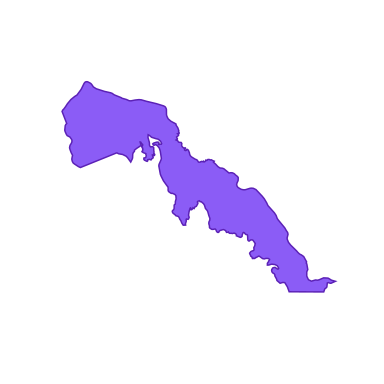 Anori, Amazonas, Brazil, rotated 248°
{"feature_id": "56859067B80375941692856", "entity_name": "Anori", "entity_type": "district", "adm_level": 2, "iso_a3": "BRA", "parent_name": "Brazil", "parent_adm1": "Amazonas", "projection": "albers", "projection_center": [-62.184, -4.211], "detail": "fine", "context": "isolated", "style": "filled", "palette": "violet", "viewbox_px": 384, "rotation_deg": 248, "n_neighbors": 0, "source": "geoboundaries", "source_scale": "gbopen_adm2", "svg_char_len": 6084}
<svg xmlns="http://www.w3.org/2000/svg" viewBox="0 0 384 384"><g transform="rotate(248 192 192)"><path d="M256.5,97.7L256.5,136.5L256.3,137.1L254.9,138.3L252.8,141.7L249.9,144.3L248.0,145.1L242.7,146.4L245.2,149.2L246.1,149.8L249.4,151.3L250.5,152.3L251.2,153.8L252.4,154.4L253.2,157.2L254.1,161.8L254.4,162.3L257.8,162.6L257.6,163.1L255.4,163.5L254.8,164.0L254.3,164.0L253.6,163.6L253.2,163.1L253.2,162.5L252.6,162.3L251.2,162.7L250.7,162.4L250.1,162.5L249.3,161.9L248.6,161.7L248.4,160.8L247.8,160.8L246.4,161.9L244.9,163.6L244.2,163.3L242.8,163.2L241.5,162.2L241.3,161.6L241.5,160.1L240.3,159.6L239.4,159.8L237.7,161.3L237.2,161.9L237.4,162.5L238.5,163.1L238.2,164.9L237.3,165.7L237.1,166.2L237.9,167.2L238.1,168.5L238.5,168.9L241.2,169.1L241.1,169.8L240.5,170.2L240.0,170.3L240.0,170.9L240.7,171.5L241.5,171.4L242.0,171.0L243.4,171.8L244.5,172.0L247.4,173.1L248.4,172.8L248.9,172.3L249.4,170.4L250.9,170.1L251.7,170.2L253.3,170.9L254.4,171.1L259.0,171.6L261.5,172.8L260.3,173.8L257.9,175.0L254.8,178.7L253.9,180.1L252.9,180.9L250.7,181.9L248.3,182.0L247.8,181.5L248.4,179.9L248.3,179.2L248.7,178.9L249.8,179.7L250.6,179.6L251.1,179.0L251.5,177.8L251.7,174.9L251.6,174.2L251.3,173.6L249.9,173.9L249.5,174.3L249.6,175.3L249.4,176.1L248.6,176.8L247.7,177.3L245.0,178.1L241.9,177.9L234.6,176.2L233.5,175.4L230.0,171.8L228.6,171.0L220.3,169.3L218.2,169.3L213.1,169.7L206.9,171.2L205.9,171.6L204.4,171.3L202.9,170.6L202.0,170.4L201.1,170.5L199.0,171.8L198.5,172.3L198.0,173.5L196.0,175.3L194.7,175.7L191.6,174.7L189.4,173.0L187.1,172.0L186.8,170.9L186.4,170.5L183.3,169.2L182.3,168.1L182.2,167.3L181.7,166.6L181.0,166.3L179.6,166.4L176.9,167.9L176.1,168.1L174.5,170.1L173.3,170.5L171.2,170.5L169.7,170.9L167.0,170.9L164.5,171.4L163.7,173.7L165.0,174.0L166.9,175.6L168.9,176.4L169.0,176.9L168.1,178.1L168.3,178.7L168.7,179.1L169.6,179.9L171.8,180.1L174.7,181.8L177.7,184.1L177.8,184.7L177.3,184.9L176.0,184.4L175.7,185.0L176.2,186.4L177.0,187.0L175.9,187.8L177.0,189.0L177.1,190.7L178.9,192.9L179.6,193.4L180.7,193.2L181.1,193.7L181.2,194.2L181.1,195.6L179.9,195.9L179.6,196.9L176.8,198.3L175.1,198.6L171.7,198.3L169.0,199.2L167.4,199.2L164.0,198.8L160.8,198.7L159.2,197.9L158.0,196.6L157.0,196.0L156.1,195.7L154.2,195.5L152.5,194.9L151.9,195.0L150.2,196.1L149.8,196.6L149.4,197.7L149.1,199.4L148.8,199.8L148.2,200.0L146.4,200.0L145.4,200.3L144.9,200.7L144.6,201.6L145.5,202.7L145.8,203.4L145.5,206.6L145.2,207.4L143.5,208.8L142.7,208.7L141.6,208.9L141.2,210.3L141.3,210.8L139.9,211.1L139.5,211.6L138.8,213.4L138.4,213.7L138.2,215.2L138.0,215.8L137.5,216.2L137.2,216.7L136.4,217.0L135.4,217.1L134.8,216.7L132.0,219.6L131.7,220.3L131.9,221.2L132.2,221.9L133.3,222.4L135.2,224.2L135.1,224.8L134.5,225.3L133.0,225.7L132.3,226.2L131.8,227.1L131.2,227.3L130.5,227.1L127.0,225.9L126.3,225.8L125.5,226.1L125.1,226.6L125.2,227.3L125.5,227.9L125.5,228.8L125.0,229.9L124.5,230.4L122.2,231.0L121.4,231.0L120.7,231.4L118.6,230.0L117.3,228.5L115.3,227.9L114.9,227.5L114.7,227.0L114.8,225.2L114.7,224.2L113.7,222.5L112.2,222.4L111.5,222.6L110.7,222.4L110.2,222.6L109.8,223.0L109.0,223.2L107.7,223.1L107.4,223.7L107.5,224.4L107.0,224.8L106.9,225.4L107.4,226.7L107.2,227.2L107.6,229.7L107.2,230.4L103.8,232.5L102.9,233.9L102.7,235.8L101.8,237.8L100.5,238.7L99.9,238.3L99.3,237.2L98.8,236.9L97.7,235.2L96.0,234.5L95.5,235.8L95.3,238.4L95.1,239.1L93.6,241.8L91.6,243.5L89.1,243.8L88.6,243.6L88.3,243.1L88.4,242.6L88.8,242.2L90.9,240.9L91.2,240.2L91.4,238.7L91.1,238.0L90.7,237.7L90.4,237.0L89.4,236.4L88.0,236.2L86.8,236.5L85.7,237.4L84.5,237.8L83.0,237.4L79.7,237.8L78.1,237.6L74.4,239.5L74.1,242.4L73.2,244.1L68.3,244.9L63.1,244.7L50.0,276.7L52.4,278.8L53.0,280.9L53.5,281.5L57.0,283.4L56.9,284.5L55.6,286.0L55.3,286.8L55.5,291.5L58.0,288.3L61.0,286.1L61.6,285.1L63.1,281.8L63.0,277.3L63.1,275.6L64.2,273.5L64.6,269.3L67.1,267.1L71.0,266.9L75.0,268.5L76.7,270.3L82.3,271.5L83.3,271.3L84.3,272.1L90.3,271.4L92.8,269.8L93.7,268.9L94.8,268.2L96.7,267.4L98.0,267.0L105.8,263.6L109.2,262.6L112.5,262.6L113.8,263.0L116.8,265.2L118.7,265.5L120.8,265.0L123.9,264.6L134.1,261.4L135.6,261.1L138.8,261.2L141.8,260.6L151.0,257.3L153.8,257.2L158.5,256.5L161.9,255.5L170.3,252.2L172.5,250.2L173.3,248.6L173.7,247.3L174.1,242.6L174.5,241.1L175.5,239.4L176.3,238.4L178.9,236.4L180.3,236.0L182.0,236.1L183.5,237.1L185.3,239.0L186.9,239.8L188.3,240.3L189.9,239.7L191.7,238.6L192.9,238.2L194.0,237.3L194.6,236.7L195.3,235.4L195.8,233.4L201.7,230.2L202.8,228.9L203.7,227.1L204.4,226.5L205.9,225.5L208.9,224.4L211.5,223.1L212.2,224.2L213.7,222.6L214.4,222.3L214.7,221.8L214.8,221.0L215.7,220.2L216.0,219.5L216.2,218.8L215.7,217.7L215.8,217.2L216.4,216.9L215.4,215.5L215.3,214.8L215.7,214.0L216.3,214.1L216.2,212.9L216.4,212.5L216.8,212.3L216.8,211.0L216.6,210.5L217.3,209.2L219.1,208.9L220.1,208.5L221.3,207.2L225.0,204.5L226.5,204.0L228.1,204.0L229.3,204.3L232.1,204.3L233.3,203.6L233.4,202.9L232.8,202.4L232.8,201.7L233.3,201.0L233.9,200.8L235.1,202.4L235.6,202.2L235.7,200.9L237.3,200.0L238.5,199.8L239.3,199.9L240.6,200.7L241.9,200.6L243.2,198.3L243.6,198.1L245.3,197.9L245.6,197.2L246.2,196.7L246.5,198.0L246.9,198.4L248.0,198.2L248.8,198.3L249.2,199.9L249.6,200.8L250.4,201.1L251.4,200.5L251.3,202.1L251.9,202.3L252.7,202.1L253.4,202.3L253.6,202.7L256.8,202.9L259.7,202.3L261.1,202.6L265.6,198.9L268.8,197.3L271.7,197.1L273.2,197.3L278.1,199.2L279.0,199.3L280.5,199.2L281.3,198.9L282.5,197.9L287.3,192.0L293.2,183.7L296.4,179.6L297.5,177.5L298.6,173.6L299.4,169.5L300.2,167.9L302.3,165.9L305.1,162.3L306.1,161.6L311.2,156.3L313.4,154.9L314.5,153.7L318.1,148.5L323.6,141.9L326.4,139.9L328.9,139.4L330.4,138.9L331.4,138.2L333.2,136.6L333.7,135.8L334.0,134.3L333.2,132.7L328.7,127.7L325.0,121.7L324.5,118.9L323.1,114.4L320.6,109.7L318.3,106.4L316.9,104.1L316.5,103.0L315.4,101.7L302.4,101.5L301.9,100.3L301.0,99.3L297.0,97.2L295.6,97.0L292.5,97.1L291.0,97.4L288.7,99.4L285.7,100.1L284.4,99.9L283.2,99.2L282.1,98.0L281.3,96.8L280.3,95.9L278.8,95.0L277.1,94.8L273.8,94.7L270.8,95.0L268.1,93.2L266.9,92.7L265.1,92.5L263.4,92.7L262.0,93.5L258.1,96.2L256.5,97.7Z" fill="#8b5cf6" stroke="#5b21b6" stroke-width="1.5"/></g></svg>